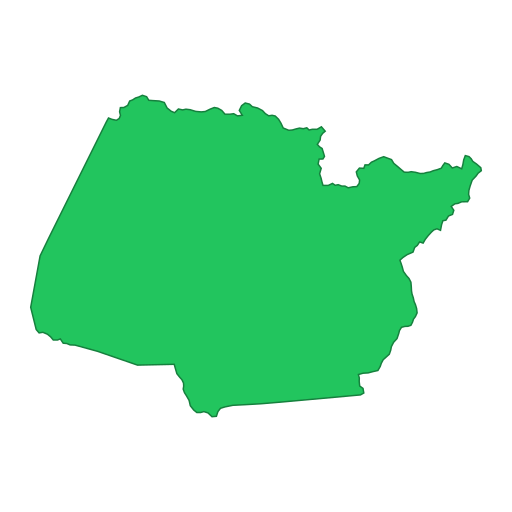 Piritiba, Bahia, Brazil (Albers equal-area conic projection)
{"feature_id": "56859067B29838999059805", "entity_name": "Piritiba", "entity_type": "district", "adm_level": 2, "iso_a3": "BRA", "parent_name": "Brazil", "parent_adm1": "Bahia", "projection": "albers", "projection_center": [-40.538, -11.695], "detail": "fine", "context": "isolated", "style": "filled", "palette": "green", "viewbox_px": 512, "rotation_deg": 0, "n_neighbors": 0, "source": "geoboundaries", "source_scale": "gbopen_adm2", "svg_char_len": 3134}
<svg xmlns="http://www.w3.org/2000/svg" viewBox="0 0 512 512"><path d="M135.5,98.0L132.6,99.9L129.7,101.0L127.7,105.4L123.9,107.5L120.4,107.6L119.6,111.8L120.5,115.4L119.2,118.5L116.4,120.3L111.8,119.3L108.5,118.0L106.3,122.0L48.7,238.1L40.1,255.9L30.7,307.3L36.2,329.5L39.1,332.9L42.9,332.3L47.4,334.2L50.6,336.8L53.3,340.0L57.5,340.0L60.3,338.9L63.2,343.2L66.8,343.5L70.1,344.9L75.0,345.1L97.5,351.3L137.5,365.1L174.2,364.3L175.4,368.6L176.9,373.7L179.6,377.1L181.9,379.7L183.5,383.0L183.7,386.1L183.2,389.1L184.5,392.7L186.6,396.0L189.1,400.4L190.3,405.7L193.7,410.0L196.8,412.5L200.6,412.5L203.9,411.6L208.0,412.9L212.0,416.7L216.4,416.3L217.9,411.6L220.5,408.3L225.0,406.9L232.8,405.3L246.3,404.6L258.5,403.9L261.7,403.7L281.9,402.0L360.5,394.9L363.8,393.0L363.0,388.4L359.7,386.0L359.2,381.4L359.3,378.0L358.4,374.5L363.1,373.2L368.1,372.9L373.0,371.6L377.9,370.5L380.2,366.5L381.3,363.3L383.2,359.7L386.0,357.2L389.3,354.2L390.7,350.2L391.4,346.6L393.6,342.3L397.0,338.6L398.7,333.6L399.5,330.5L401.5,327.3L404.9,326.4L407.9,326.3L410.9,325.3L412.5,322.2L413.5,319.1L415.4,316.6L417.1,312.9L416.6,308.5L415.4,304.5L414.1,301.6L413.3,297.8L412.0,293.9L411.5,290.8L411.3,286.7L410.9,282.2L409.0,278.5L406.4,275.6L403.4,271.4L402.3,267.2L401.1,263.5L399.9,260.2L402.9,257.5L407.2,254.6L413.0,252.1L414.7,247.4L417.3,245.4L419.6,241.9L423.1,243.1L425.3,239.3L428.3,235.5L431.4,232.1L433.8,229.9L437.0,228.8L440.5,230.3L441.6,224.6L442.9,220.7L445.9,220.2L448.5,216.0L452.5,214.4L453.8,210.3L451.2,206.4L454.9,203.8L457.9,203.4L461.7,201.8L467.6,201.7L469.7,198.1L468.6,194.4L468.9,190.4L470.1,186.1L472.2,180.1L476.1,176.0L478.1,173.2L481.3,170.7L480.8,167.7L476.5,164.0L472.8,161.4L471.2,158.8L469.0,156.6L465.3,155.6L463.7,159.9L462.9,164.5L461.7,168.8L456.8,166.5L452.3,168.0L448.9,164.3L444.8,162.9L442.8,165.6L441.3,168.2L437.2,169.7L433.3,170.7L430.1,172.0L426.8,172.5L423.7,173.4L420.1,173.5L415.5,172.3L411.2,171.7L408.2,172.3L404.3,172.2L401.4,169.8L397.7,166.6L393.8,163.4L391.5,159.6L388.0,158.3L383.7,156.7L379.0,158.4L374.3,160.9L371.4,162.2L368.6,164.9L365.0,164.9L363.8,168.3L359.4,168.1L356.3,171.9L357.3,175.9L359.6,180.0L359.2,183.4L356.8,186.6L352.8,186.8L348.2,187.8L345.0,186.1L341.8,186.1L338.2,184.7L335.2,185.3L332.5,183.4L328.3,185.4L323.0,185.4L321.9,181.7L321.1,178.3L319.6,173.8L321.2,168.3L318.1,164.1L319.1,159.1L322.9,159.0L324.5,156.4L323.2,152.0L322.1,148.5L319.5,146.8L317.3,144.4L320.1,140.1L320.6,136.3L322.6,133.4L325.2,131.2L321.4,126.8L317.1,129.3L312.2,129.3L309.1,130.0L306.8,127.8L303.3,128.7L299.5,128.1L296.1,128.9L292.3,130.0L288.8,130.3L283.2,128.0L280.9,123.1L278.6,119.3L275.2,116.0L272.1,115.3L268.7,115.8L265.3,113.6L262.5,110.6L257.6,108.0L252.3,106.7L249.5,104.1L245.2,103.0L241.6,105.7L239.3,110.4L242.3,115.3L237.5,115.9L233.7,113.7L230.0,114.2L225.0,114.2L221.7,110.4L217.8,108.2L214.3,107.5L210.0,109.2L205.3,111.5L201.3,111.9L195.7,111.4L190.1,109.7L185.9,109.2L182.6,109.9L178.4,109.0L174.6,112.7L171.1,111.2L167.1,108.0L164.3,102.5L159.3,101.0L152.9,100.6L148.8,100.3L146.6,96.7L142.4,95.3L138.8,97.0L135.5,98.0Z" fill="#22c55e" stroke="#15803d" stroke-width="1.5"/></svg>